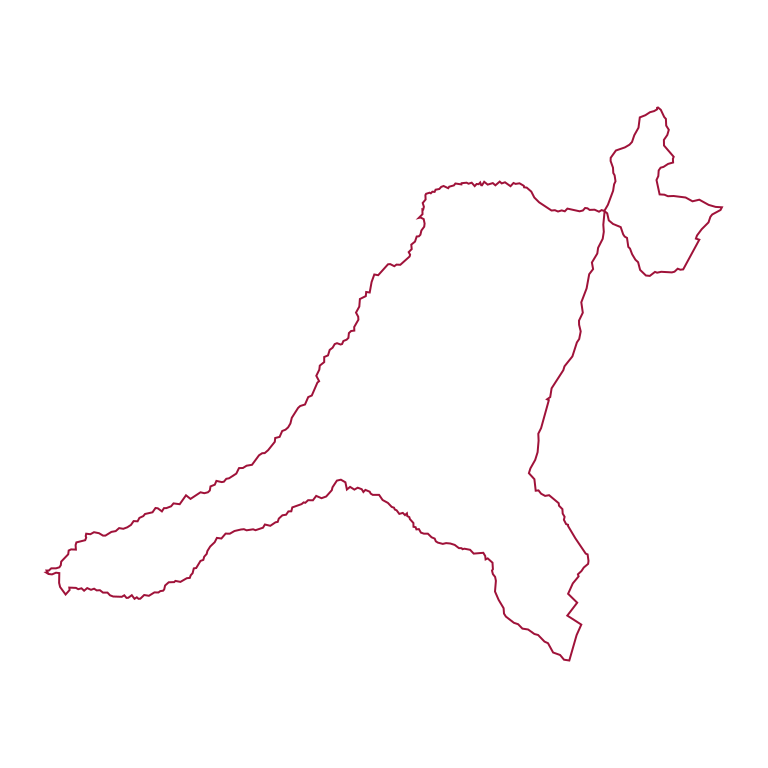 outline of Fusagasugá, Cundinamarca, Colombia
{"feature_id": "7082276B51871988442122", "entity_name": "Fusagasugá", "entity_type": "district", "adm_level": 2, "iso_a3": "COL", "parent_name": "Colombia", "parent_adm1": "Cundinamarca", "projection": "robinson", "projection_center": [-74.414, 4.327], "detail": "fine", "context": "isolated", "style": "outline", "palette": "rose", "viewbox_px": 768, "rotation_deg": 0, "n_neighbors": 0, "source": "geoboundaries", "source_scale": "gbopen_adm2", "svg_char_len": 6087}
<svg xmlns="http://www.w3.org/2000/svg" viewBox="0 0 768 768"><path d="M699.3,239.7L695.9,238.6L697.0,235.5L701.7,229.2L708.5,222.4L710.4,216.8L712.2,214.5L720.5,210.0L721.9,207.3L715.6,206.9L708.7,204.9L699.3,199.7L692.5,201.3L685.6,197.5L673.6,196.0L667.9,196.2L664.4,194.7L659.6,194.4L656.5,180.0L658.3,176.1L658.7,170.4L660.6,167.7L663.5,166.9L668.1,163.9L673.1,162.5L672.9,158.8L673.7,156.8L664.0,145.5L663.9,139.9L667.3,135.0L668.8,129.8L666.2,125.6L665.9,118.9L664.2,117.0L660.8,109.8L658.0,107.5L657.1,107.8L657.0,109.4L654.1,111.1L650.0,112.2L645.4,115.2L639.8,117.4L638.5,127.7L634.3,135.2L632.0,142.0L629.5,144.7L624.9,147.4L615.9,150.5L610.7,157.8L610.6,161.0L613.0,167.7L613.3,173.0L614.6,175.3L615.5,181.3L614.1,184.3L613.1,190.8L607.9,204.8L604.3,211.0L601.6,210.1L599.0,211.7L594.6,209.7L589.6,209.9L587.5,208.3L585.1,208.0L582.9,210.5L579.6,211.3L567.4,208.6L564.8,211.3L561.7,210.4L558.0,211.5L554.9,210.2L551.5,210.5L539.1,202.3L534.3,197.5L531.3,191.6L526.7,187.6L524.1,187.3L523.8,185.8L519.5,183.3L515.6,183.9L513.5,183.0L510.5,186.2L505.0,182.3L501.7,183.4L499.7,181.6L495.4,185.3L492.8,183.1L487.7,184.6L484.2,181.8L482.0,185.3L481.2,185.2L480.2,182.5L478.7,184.2L476.6,184.0L474.7,186.1L471.7,182.7L468.5,183.7L466.6,182.7L461.6,183.2L461.4,184.4L455.4,183.5L453.9,185.4L449.2,186.7L448.2,188.2L443.6,186.0L441.2,186.9L439.3,189.0L435.6,189.7L434.6,191.9L432.4,191.7L430.8,193.3L429.6,192.7L426.1,193.8L425.4,195.1L425.6,199.5L422.7,203.0L423.9,206.8L423.2,209.5L422.4,209.3L422.5,214.2L418.8,217.9L420.5,217.5L423.7,219.1L424.6,223.6L424.2,226.7L421.4,230.5L420.4,234.7L418.9,236.3L416.7,236.5L415.0,241.6L411.3,244.6L411.7,249.1L408.7,252.1L410.1,254.7L409.6,256.5L400.3,264.8L396.5,264.6L394.3,266.2L390.2,264.1L388.0,264.3L378.2,275.2L374.3,274.5L371.6,282.0L369.7,292.5L366.2,292.0L365.8,296.1L359.9,299.0L359.3,306.6L356.0,312.6L358.2,316.7L358.4,319.7L354.2,327.0L354.3,330.6L351.1,331.0L348.9,333.1L348.4,337.9L346.6,339.7L343.4,341.0L342.1,344.0L340.6,344.5L337.0,343.2L334.7,344.1L332.6,347.7L329.7,349.9L328.0,355.4L324.2,357.0L324.2,362.1L319.8,365.6L319.3,369.7L316.3,375.8L319.1,381.2L317.4,382.6L311.8,395.5L308.2,397.1L305.0,404.5L300.2,406.0L298.1,407.9L291.8,417.8L290.4,423.5L288.1,427.4L285.5,429.7L282.2,431.0L279.6,436.9L275.2,438.0L274.8,441.8L268.1,450.2L264.7,453.1L262.2,453.2L259.0,455.3L252.0,464.8L246.6,465.7L242.9,468.0L239.0,468.1L236.3,473.6L229.0,478.3L226.3,478.8L223.9,481.7L221.8,482.1L216.4,480.9L214.8,484.7L210.5,486.4L209.8,490.5L207.9,492.3L204.3,493.2L200.5,492.3L190.5,498.9L186.0,495.3L179.7,504.2L173.5,503.4L171.1,506.3L166.4,508.1L164.0,508.1L161.9,511.4L157.8,508.3L155.5,508.0L152.5,512.3L145.0,514.0L143.3,516.1L139.4,517.9L137.6,521.3L133.6,521.1L131.0,524.9L127.3,527.3L123.3,528.8L119.1,528.1L115.7,531.1L111.4,531.9L105.4,535.6L103.0,535.6L99.0,533.2L94.0,532.2L90.4,534.2L86.2,533.7L85.7,536.1L86.2,537.6L85.2,540.2L76.4,542.4L75.6,545.1L75.9,549.6L71.1,549.4L68.7,550.5L68.2,554.3L61.2,561.6L60.8,565.2L59.4,567.3L56.1,568.3L51.3,568.3L48.9,570.5L46.6,570.5L47.5,572.2L46.1,572.5L48.5,574.0L52.0,574.4L56.0,572.7L59.3,573.1L59.1,582.9L60.1,587.0L65.6,594.5L69.6,590.0L69.3,587.6L76.0,587.9L78.2,589.2L81.5,588.3L84.1,590.7L87.2,588.1L91.0,589.8L94.1,588.7L96.7,590.4L99.9,590.2L103.0,592.6L107.5,592.6L110.0,595.3L113.2,596.5L121.8,596.8L124.3,595.3L126.5,597.9L128.2,597.8L131.8,595.2L134.5,598.8L136.8,597.3L138.5,598.8L140.3,598.7L144.2,595.0L148.9,595.8L154.4,592.4L158.4,592.5L160.3,591.1L163.1,590.7L164.2,589.4L165.1,585.5L168.7,582.3L174.2,582.1L175.4,580.9L180.4,581.9L186.8,578.2L189.8,577.9L190.7,575.3L192.6,573.2L193.8,568.4L196.2,568.0L200.5,560.9L203.3,559.9L204.2,556.7L206.7,553.9L207.4,551.0L210.2,546.5L214.7,542.2L216.9,537.9L221.4,538.5L225.6,533.6L229.8,533.7L234.5,531.0L241.0,529.5L243.9,529.2L246.6,530.3L253.1,529.3L255.5,530.2L263.0,527.7L264.9,524.5L270.3,525.8L275.5,522.3L277.7,521.9L278.8,518.6L282.4,515.3L286.1,514.7L288.4,511.4L291.3,511.3L292.3,507.4L301.6,504.1L303.6,502.4L305.3,502.8L308.1,500.2L312.9,500.3L316.2,495.9L321.5,498.2L326.2,496.5L331.8,490.2L332.5,487.3L336.9,480.6L340.9,479.7L345.4,482.3L346.9,489.5L350.1,486.9L354.4,489.6L357.7,487.7L361.7,489.2L363.4,492.0L365.4,489.9L369.7,491.7L370.7,493.6L372.8,494.9L379.1,494.9L382.6,500.0L387.9,502.9L391.7,506.9L394.0,507.7L394.8,509.5L396.6,510.3L399.3,513.9L402.8,512.9L405.0,515.1L406.9,513.4L407.3,516.1L409.3,517.1L409.9,519.1L413.4,523.0L413.5,526.8L415.6,527.2L416.4,529.4L418.9,529.1L420.9,532.6L424.0,533.7L427.9,533.7L431.6,537.3L434.7,538.6L435.8,541.3L437.8,542.6L442.8,543.9L446.1,543.1L450.3,543.5L454.7,544.9L458.9,548.1L461.6,548.2L462.5,549.2L464.4,548.7L470.1,549.8L473.7,553.6L483.3,552.8L485.2,556.0L485.6,559.4L487.7,558.4L492.5,562.7L492.9,569.2L492.0,570.6L492.9,574.1L495.1,576.9L495.9,580.8L495.0,591.5L498.6,599.8L503.6,608.2L504.0,613.6L505.9,616.6L513.9,622.8L518.1,624.2L522.4,628.6L528.1,629.5L534.4,634.0L538.1,635.0L544.5,641.6L548.0,643.2L553.1,652.5L560.1,655.0L564.0,659.7L569.3,660.5L576.6,635.1L581.3,624.6L567.3,615.6L577.2,602.7L568.1,593.8L572.8,583.4L578.6,576.4L577.9,574.3L581.4,571.1L583.8,567.5L588.1,563.9L588.5,560.9L587.6,554.4L585.7,553.6L575.3,538.2L568.1,526.1L568.0,524.8L566.1,524.1L563.9,519.8L564.6,516.8L562.7,513.6L562.4,509.1L559.0,505.7L558.7,503.2L549.1,495.2L545.1,495.9L541.1,493.7L538.5,490.4L535.7,490.7L534.4,479.2L528.9,473.2L530.4,468.4L535.2,459.9L537.6,452.2L538.6,440.6L538.3,433.7L541.1,428.1L548.5,401.4L548.8,400.1L547.1,399.3L550.2,397.1L551.6,388.3L563.3,370.2L564.5,366.3L572.4,356.4L576.9,342.4L579.2,339.0L580.7,331.4L579.1,324.8L579.0,320.6L582.8,312.7L581.3,302.3L586.6,288.4L589.2,274.2L593.1,269.1L591.9,262.5L597.3,253.5L598.1,247.8L602.7,238.8L603.8,231.8L603.3,224.7L604.6,211.2L607.2,213.3L608.8,220.4L613.1,224.0L620.7,227.1L623.2,234.4L624.7,236.6L627.0,237.9L628.3,246.9L630.0,248.6L632.1,254.2L635.4,259.7L638.1,262.2L640.1,269.9L645.9,275.5L649.8,275.9L655.0,271.9L657.1,272.7L661.2,271.8L671.9,272.4L674.5,271.7L677.7,268.7L680.3,269.7L683.2,269.4L699.3,239.7Z" fill="none" stroke="#9f1239" stroke-width="2"/></svg>